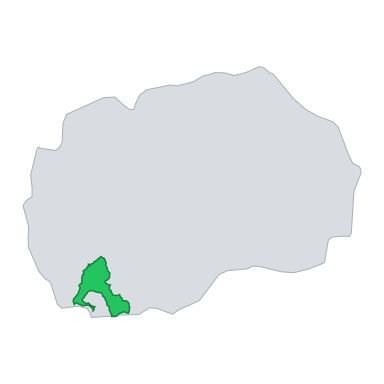 Resen, Resen, North Macedonia (highlighted)
{"feature_id": "65306769B70601166108403", "entity_name": "Resen", "entity_type": "district", "adm_level": 2, "iso_a3": "MKD", "parent_name": "North Macedonia", "parent_adm1": "Resen", "projection": "natural_earth1", "projection_center": [21.03, 41.035], "detail": "fine", "context": "in_parent", "style": "filled", "palette": "green", "viewbox_px": 384, "rotation_deg": 0, "n_neighbors": 0, "source": "geoboundaries", "source_scale": "gbopen_adm2", "svg_char_len": 3223}
<svg xmlns="http://www.w3.org/2000/svg" viewBox="0 0 384 384"><path d="M170.1,85.0L177.5,85.9L193.4,81.6L203.3,75.8L208.4,74.9L215.1,72.6L224.8,72.9L234.6,75.5L247.0,72.1L259.3,66.6L264.2,68.0L269.5,72.7L273.1,74.0L293.5,98.7L304.7,108.7L317.9,116.3L332.9,121.8L338.3,127.2L348.1,153.5L352.7,163.5L359.1,166.4L360.7,169.3L361.0,173.1L353.9,191.6L351.3,233.1L349.6,236.4L342.0,236.2L332.1,237.1L328.3,240.3L324.4,262.7L308.4,269.1L293.8,272.7L281.5,271.8L259.9,266.6L252.9,266.0L246.8,269.0L227.6,270.6L219.1,274.5L199.3,300.6L179.2,309.6L172.3,314.2L156.9,308.4L149.5,307.8L138.9,314.5L115.5,315.2L109.2,316.3L91.2,317.4L90.5,313.8L87.1,308.5L78.7,306.1L61.6,308.2L57.4,304.3L50.4,282.1L44.9,278.6L38.7,271.1L28.3,247.0L28.1,236.5L28.8,227.3L23.0,205.7L26.6,200.2L32.0,196.8L32.1,188.1L30.6,174.9L37.0,149.0L38.7,147.1L40.3,148.3L55.7,150.4L59.7,147.1L62.2,142.0L63.0,123.0L66.7,114.3L103.8,97.6L114.8,97.0L123.1,104.7L129.8,109.6L133.8,109.4L135.2,104.5L139.7,95.0L147.3,89.6L169.9,85.0L170.1,85.0Z" fill="#d9dde1" stroke="#a8b0b8" stroke-width="1"/><path d="M74.4,304.4L74.7,304.0L75.2,303.3L75.8,302.7L76.4,303.0L77.0,303.2L77.8,303.6L78.4,303.9L79.5,304.3L80.9,304.9L81.7,305.3L82.0,305.6L82.6,305.9L82.8,305.9L83.6,305.7L84.7,305.3L85.4,305.3L86.0,305.3L86.6,305.3L86.8,305.1L87.6,305.0L88.6,305.3L89.2,305.6L89.7,305.9L90.3,306.5L91.1,307.2L92.0,308.0L92.6,308.7L92.9,309.0L93.1,309.4L93.1,309.7L93.0,310.0L93.0,310.4L93.0,310.8L93.9,309.9L94.1,308.7L93.7,307.8L94.8,306.8L91.6,305.8L90.2,304.9L88.6,303.0L86.4,303.5L84.8,302.8L82.9,301.2L82.3,299.9L82.6,298.8L84.1,297.6L84.9,295.7L87.1,293.4L87.5,292.1L89.0,291.1L91.2,290.6L94.6,291.2L95.2,291.7L97.1,292.2L101.0,292.8L102.4,294.3L102.8,296.2L105.0,297.9L105.2,299.8L106.1,300.6L106.5,301.7L107.0,305.0L109.5,307.3L109.1,309.7L110.5,312.4L110.7,313.5L111.6,314.5L111.8,315.5L111.5,316.1L111.8,316.6L112.3,316.6L112.6,316.5L113.7,316.5L114.1,316.5L114.8,316.4L116.2,316.2L117.2,315.4L118.1,314.8L118.5,314.4L118.9,313.8L119.4,313.2L119.9,313.1L120.7,313.0L121.6,312.8L122.1,312.6L122.6,312.1L123.0,311.9L123.3,311.7L123.5,311.7L123.9,311.8L124.3,311.8L124.5,311.9L125.2,312.3L125.9,312.6L126.3,312.6L127.2,312.9L127.5,313.0L128.2,313.3L129.3,311.0L129.3,308.6L129.8,307.1L128.8,305.3L129.0,303.6L128.1,302.6L127.8,301.6L125.8,300.8L122.8,300.7L122.2,299.7L122.2,298.5L120.3,296.7L119.6,294.7L118.0,295.3L115.8,295.5L112.7,294.9L110.6,290.0L109.8,289.7L109.1,288.4L109.1,287.7L109.7,286.7L109.6,285.9L110.3,285.0L108.1,284.6L107.3,283.9L105.8,283.6L105.8,282.8L105.0,281.5L105.6,280.7L107.8,279.7L109.4,277.8L109.8,272.9L109.3,272.7L108.6,271.7L107.8,271.2L107.1,267.8L106.3,266.3L105.7,264.2L106.2,262.8L105.4,261.6L105.5,261.2L104.7,259.3L104.0,258.2L102.8,258.0L101.1,256.6L99.8,257.4L99.4,258.4L97.9,258.8L96.6,260.7L95.9,260.7L95.1,261.6L94.4,261.5L93.9,261.9L93.4,263.5L91.3,263.9L90.5,264.5L88.5,264.3L89.1,265.6L89.8,265.8L89.8,266.1L88.1,266.1L87.3,266.8L86.4,269.1L85.1,269.4L84.5,270.3L83.9,270.4L83.1,271.6L84.0,274.1L82.5,274.9L81.7,278.5L82.0,279.4L81.7,280.8L82.1,282.6L81.6,283.2L80.7,283.5L79.2,285.3L79.1,285.8L80.2,287.7L78.7,292.0L77.8,294.1L73.8,298.9L73.3,300.1L73.3,301.9L74.4,304.4Z" fill="#22c55e" stroke="#15803d" stroke-width="1.5"/></svg>